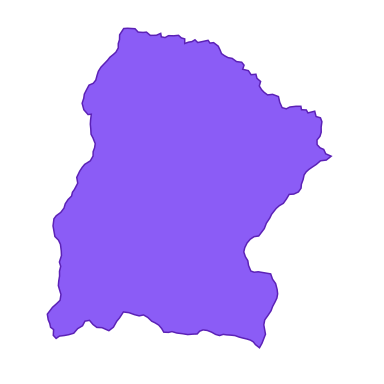 outline of Dracena, São Paulo, Brazil, rotated 185°
{"feature_id": "56859067B75593552832457", "entity_name": "Dracena", "entity_type": "district", "adm_level": 2, "iso_a3": "BRA", "parent_name": "Brazil", "parent_adm1": "São Paulo", "projection": "orthographic", "projection_center": [-51.588, -21.557], "detail": "fine", "context": "isolated", "style": "filled", "palette": "violet", "viewbox_px": 384, "rotation_deg": 185, "n_neighbors": 0, "source": "geoboundaries", "source_scale": "gbopen_adm2", "svg_char_len": 2914}
<svg xmlns="http://www.w3.org/2000/svg" viewBox="0 0 384 384"><g transform="rotate(185 192 192)"><path d="M317.7,37.1L314.6,34.3L311.5,36.9L306.7,37.9L302.4,39.1L297.5,41.0L294.0,45.9L289.4,49.2L287.4,54.0L282.9,55.2L279.1,51.4L275.0,48.8L269.8,49.0L262.7,46.6L258.5,50.5L255.7,56.7L253.2,60.3L249.9,66.5L244.3,66.3L238.6,64.8L233.8,64.0L229.6,65.3L225.1,63.2L220.9,59.8L217.5,58.5L213.5,56.5L210.3,53.3L207.9,49.9L203.2,50.1L199.8,51.2L194.9,50.2L189.0,50.0L183.8,49.6L178.7,50.5L174.5,51.0L172.2,54.0L169.0,55.6L164.7,55.4L160.3,54.1L156.1,52.2L152.0,51.4L148.5,52.9L144.9,52.7L141.0,52.8L136.6,52.7L132.5,51.6L128.4,50.9L124.3,50.3L120.8,49.5L117.8,48.0L115.5,45.5L111.2,42.7L109.1,47.4L107.9,51.5L106.4,56.7L108.9,65.9L108.4,70.9L105.4,76.0L102.9,80.6L101.7,85.0L99.7,89.7L98.2,93.7L97.8,98.0L98.7,102.3L100.7,108.0L104.2,112.2L106.5,117.3L119.0,118.3L123.1,117.5L126.5,118.4L129.3,123.8L130.4,128.4L133.2,132.2L135.2,136.8L134.6,141.1L132.7,146.0L129.9,150.0L126.3,152.9L121.7,154.0L116.8,161.8L115.2,167.4L112.2,172.9L110.8,176.7L106.7,183.0L103.8,186.0L100.0,188.7L97.3,193.3L95.0,198.1L90.4,198.8L86.0,201.3L83.7,205.3L83.7,209.3L82.4,214.1L81.8,218.8L80.0,222.0L77.5,224.7L74.5,227.2L70.5,230.4L66.7,234.3L61.0,235.5L56.5,239.8L62.1,241.7L64.5,245.9L68.3,247.2L71.5,250.1L72.0,254.7L69.4,258.6L68.5,262.8L69.0,267.9L68.7,273.3L70.5,277.1L75.0,278.0L76.8,283.2L83.4,280.9L85.3,283.7L90.1,283.5L91.0,286.9L96.1,286.4L101.9,285.2L105.3,283.1L109.6,283.9L112.4,289.0L114.2,294.6L120.2,296.3L125.2,295.3L129.0,297.7L131.7,300.1L134.2,303.5L133.3,308.1L137.2,310.9L138.6,314.9L143.4,314.0L146.4,317.8L152.2,318.7L151.2,322.9L153.8,325.6L159.0,325.8L163.6,328.6L167.8,329.0L171.7,330.7L174.7,332.5L176.3,335.7L178.6,339.6L183.5,342.7L187.1,341.9L189.2,344.5L193.7,343.1L199.3,341.4L202.3,343.9L205.2,341.8L208.5,341.0L212.2,339.3L212.6,343.9L216.1,344.6L219.1,346.9L223.9,346.0L229.0,345.7L232.3,343.5L236.1,343.9L237.0,347.3L241.2,345.0L247.2,344.4L251.3,347.3L254.7,346.7L259.6,346.6L263.0,349.7L266.4,349.6L270.5,349.5L274.3,348.9L277.8,342.3L277.5,337.4L278.4,333.4L278.0,329.1L280.0,324.7L282.3,322.2L285.5,319.1L287.6,315.9L290.4,312.4L293.6,308.4L295.8,304.1L296.7,300.1L297.6,295.1L299.8,291.7L303.9,289.5L306.2,284.1L307.8,280.1L308.0,276.0L309.2,270.8L306.9,264.5L302.3,260.1L299.1,260.7L299.3,254.7L299.2,250.7L298.3,245.8L297.6,240.7L295.4,237.3L292.6,231.7L292.9,227.5L294.0,223.6L293.7,219.2L296.0,214.2L301.3,210.2L303.4,207.2L305.7,202.9L308.1,196.5L306.6,190.8L309.4,184.2L311.1,181.3L311.6,177.5L314.8,173.7L317.2,169.3L318.1,164.8L321.0,160.2L325.2,156.5L327.2,153.3L327.5,146.1L324.7,135.7L320.8,132.4L318.5,128.4L317.1,121.9L316.5,117.3L318.0,110.7L316.3,106.5L317.1,101.5L316.6,96.7L317.0,91.8L317.0,87.1L315.5,83.2L313.6,78.5L314.0,72.6L317.1,69.0L320.9,65.0L325.5,57.7L324.1,52.2L322.2,48.6L321.1,44.9L317.9,42.9L317.7,37.1Z" fill="#8b5cf6" stroke="#5b21b6" stroke-width="1.5"/></g></svg>